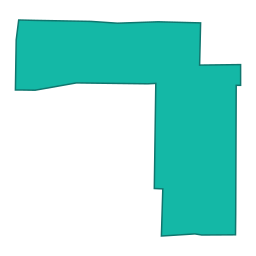 Iron, Missouri, United States of America
{"feature_id": "52423323B85485871485151", "entity_name": "Iron", "entity_type": "district", "adm_level": 2, "iso_a3": "USA", "parent_name": "United States of America", "parent_adm1": "Missouri", "projection": "albers", "projection_center": [-90.823, 37.505], "detail": "fine", "context": "isolated", "style": "filled", "palette": "teal", "viewbox_px": 256, "rotation_deg": 0, "n_neighbors": 0, "source": "geoboundaries", "source_scale": "gbopen_adm2", "svg_char_len": 417}
<svg xmlns="http://www.w3.org/2000/svg" viewBox="0 0 256 256"><path d="M16.2,39.9L15.4,90.0L22.0,90.0L35.1,90.2L76.4,82.9L147.7,83.8L155.8,83.4L154.3,188.5L162.8,188.9L161.4,236.0L168.0,235.6L194.9,233.9L201.8,235.0L235.5,234.8L235.7,214.1L236.2,85.3L240.6,85.3L240.6,64.6L199.6,65.1L200.6,22.9L158.2,21.8L117.5,23.2L91.0,21.4L35.6,20.4L18.7,20.0L16.2,39.9Z" fill="#14b8a6" stroke="#0f766e" stroke-width="1.5"/></svg>